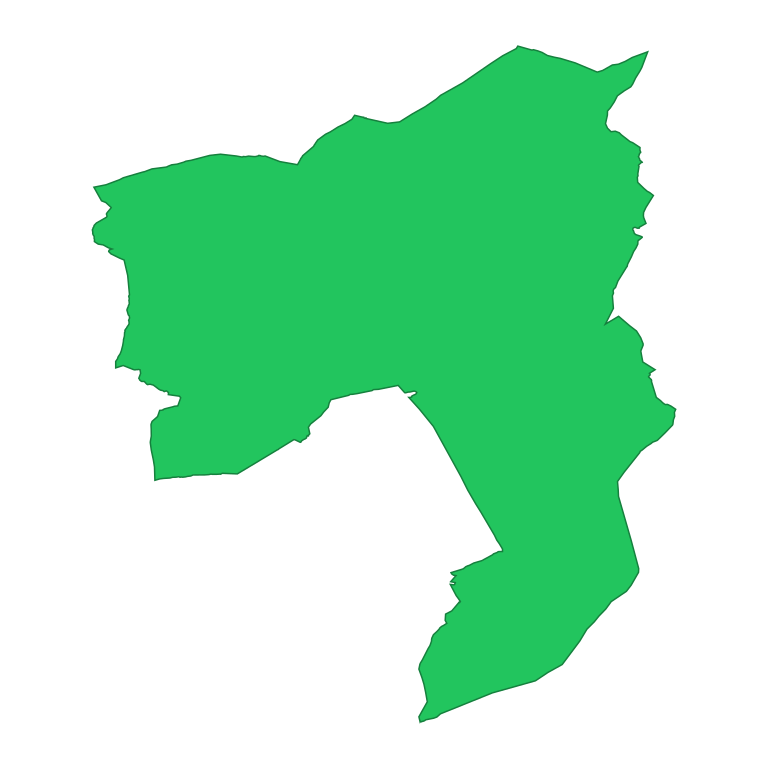 the district of Lund nor, Rogaland, Norway
{"feature_id": "86288312B14474209678121", "entity_name": "Lund nor", "entity_type": "district", "adm_level": 2, "iso_a3": "NOR", "parent_name": "Norway", "parent_adm1": "Rogaland", "projection": "robinson", "projection_center": [6.449, 58.464], "detail": "fine", "context": "isolated", "style": "filled", "palette": "green", "viewbox_px": 768, "rotation_deg": 0, "n_neighbors": 0, "source": "geoboundaries", "source_scale": "gbopen_adm2", "svg_char_len": 6085}
<svg xmlns="http://www.w3.org/2000/svg" viewBox="0 0 768 768"><path d="M115.7,367.9L123.2,365.5L133.5,369.6L135.0,369.9L136.1,369.6L137.2,369.7L138.3,369.4L140.1,369.8L140.6,373.4L138.8,378.3L139.7,379.7L139.7,380.0L141.4,381.4L144.3,381.5L146.6,384.0L147.5,384.6L150.0,384.2L153.4,385.1L158.8,389.2L160.4,390.1L163.1,390.7L164.2,391.6L166.3,390.9L166.6,391.0L168.5,392.6L168.3,394.6L179.5,396.2L180.7,397.8L177.8,405.9L174.2,406.3L173.2,406.7L164.8,408.8L163.2,409.5L163.2,409.8L162.2,410.2L159.7,410.4L157.6,416.5L152.1,421.4L151.1,424.1L151.0,424.8L151.2,429.0L151.3,436.1L150.4,441.3L150.3,442.7L151.3,450.1L153.4,460.1L154.5,467.0L154.9,480.3L159.8,478.9L163.8,478.4L170.1,478.0L172.5,477.3L175.9,477.2L179.0,476.7L180.0,477.3L180.9,477.0L182.7,477.2L185.5,476.9L187.4,476.4L190.8,476.0L193.0,475.0L204.6,474.9L208.9,474.6L211.0,474.1L212.1,474.3L216.7,474.3L219.9,474.1L220.7,474.2L222.2,473.3L237.3,473.9L277.4,449.8L278.2,449.5L279.1,448.7L293.9,439.6L295.2,439.9L300.2,442.3L300.8,442.2L301.8,440.7L304.2,439.2L304.8,439.1L306.4,438.0L306.8,436.6L307.1,436.2L307.3,435.6L307.7,435.6L308.2,436.0L308.5,435.8L308.5,435.3L309.1,434.5L309.8,433.8L308.4,427.2L310.6,424.0L320.9,415.7L323.7,412.0L328.2,407.2L329.2,402.9L330.9,399.7L348.8,395.3L350.0,394.4L352.5,394.3L357.2,393.6L372.0,390.6L373.5,389.6L378.6,389.3L398.2,385.4L404.7,392.7L405.7,392.8L408.1,392.1L410.0,392.0L413.9,391.1L414.9,391.2L416.4,392.0L416.8,392.5L416.2,393.7L415.5,394.3L413.4,395.2L411.7,396.2L411.6,397.1L410.2,397.4L408.8,397.4L419.3,409.0L433.4,426.4L461.1,476.8L467.8,490.2L475.8,504.0L480.7,511.8L494.4,535.1L496.8,540.1L499.4,543.8L502.5,549.0L502.5,551.5L498.5,551.6L498.0,551.8L497.1,552.5L493.6,553.8L492.4,554.9L481.7,560.7L473.8,563.0L469.2,565.4L467.8,565.8L465.8,566.7L463.8,568.4L462.8,569.0L451.0,572.6L451.6,573.8L453.5,575.2L456.0,575.6L450.7,581.7L455.3,582.6L454.6,584.5L453.8,584.8L452.9,584.8L451.8,584.5L450.3,584.4L456.2,595.6L458.4,598.6L460.3,601.4L459.1,602.2L459.5,602.6L458.4,603.1L451.8,610.9L445.6,614.1L445.2,620.4L446.8,623.3L443.3,625.6L441.8,626.3L440.4,627.4L439.6,628.2L439.2,629.1L436.6,631.8L433.5,634.6L431.9,638.0L431.6,639.3L431.5,641.2L430.0,645.5L428.1,648.6L422.3,660.0L420.4,663.1L419.9,664.3L418.9,669.1L422.0,677.7L424.0,684.4L425.7,692.6L427.3,701.8L418.9,716.8L420.1,721.9L420.3,721.6L420.7,721.4L421.1,721.8L421.5,721.8L422.5,721.3L423.0,721.3L424.6,720.7L425.7,719.8L433.7,718.2L436.9,717.0L440.5,713.8L492.3,692.9L535.4,680.8L548.0,672.4L562.2,664.5L579.8,641.0L586.9,629.2L594.3,621.8L598.8,616.2L605.7,609.1L611.2,601.6L626.4,591.3L631.2,585.1L638.5,572.4L638.7,568.6L631.3,540.9L618.5,496.4L618.2,489.8L617.5,481.5L624.2,472.1L639.8,452.5L640.1,451.4L642.1,450.1L646.5,446.4L651.2,443.4L652.6,442.2L657.0,440.5L657.8,439.9L665.1,432.8L672.5,425.1L672.9,424.1L673.4,419.8L674.7,416.3L674.4,412.4L675.7,409.3L671.0,406.1L668.1,404.7L667.3,404.4L665.5,404.6L664.2,404.0L663.8,403.5L662.8,402.9L660.5,400.6L656.3,397.4L651.5,381.6L651.6,380.7L651.3,379.6L648.6,377.0L648.6,376.4L649.9,375.3L650.1,374.2L649.4,373.3L655.1,369.7L642.8,362.0L641.4,354.5L640.8,351.0L643.1,345.2L643.1,343.8L640.7,337.7L636.5,331.0L629.6,325.7L618.6,316.3L605.3,324.2L613.4,308.3L612.4,295.8L613.5,293.1L613.1,290.9L613.7,289.2L615.5,287.5L617.9,281.1L626.7,266.9L627.1,266.6L627.7,264.0L631.4,256.8L633.6,251.6L636.0,247.9L637.8,244.1L637.9,241.3L638.4,240.2L639.2,239.9L642.2,237.4L642.2,237.0L640.9,236.3L636.0,234.7L635.0,234.0L634.2,233.1L633.5,230.7L633.0,230.2L632.8,229.6L632.8,228.9L633.1,228.2L633.5,227.8L634.4,227.4L635.5,227.4L637.3,228.2L639.1,228.2L639.3,228.0L639.2,227.4L639.4,227.2L646.0,223.4L643.7,217.6L643.4,215.6L643.6,212.4L645.9,207.5L653.4,195.5L649.6,192.5L647.4,191.4L644.0,188.5L637.7,182.4L637.3,177.3L638.0,175.8L637.8,173.9L639.0,166.4L638.5,165.3L638.6,165.0L641.1,162.7L641.8,162.3L642.1,162.3L641.9,161.8L639.9,160.3L639.6,158.9L638.4,156.7L639.0,155.9L639.0,154.9L639.4,154.4L639.4,153.9L639.7,153.3L640.6,152.6L640.7,152.1L639.9,150.1L640.0,147.5L632.7,142.7L630.0,141.6L621.3,134.8L619.3,132.8L615.3,131.2L611.0,131.7L607.5,128.2L605.5,123.7L607.4,115.1L607.5,111.0L610.3,107.9L614.2,102.0L617.4,95.8L624.3,90.8L630.8,86.8L632.6,84.2L635.6,78.0L640.0,70.9L641.8,67.5L647.7,51.8L632.2,57.5L625.2,61.4L618.4,64.2L612.3,65.0L602.6,70.5L597.2,72.1L575.2,62.9L560.3,58.4L554.7,57.3L547.4,55.5L542.2,52.5L537.9,50.9L533.4,49.7L532.0,50.1L517.8,46.1L516.3,48.6L502.8,55.7L490.9,63.5L462.5,83.0L440.6,95.3L436.2,99.2L424.7,107.0L412.7,113.7L399.6,121.9L387.7,123.3L365.2,118.3L365.4,118.0L364.5,118.1L363.9,117.7L363.8,117.3L363.2,117.3L362.9,117.1L362.6,117.2L354.6,115.3L351.9,119.3L345.0,123.6L338.2,126.9L330.3,131.9L325.6,134.2L317.8,139.9L315.5,143.2L314.8,144.4L314.4,144.8L313.6,146.4L302.6,155.8L302.2,156.7L300.7,158.7L300.3,159.7L297.5,164.7L279.9,161.6L265.1,156.0L263.7,156.3L261.5,156.1L260.2,155.6L258.8,155.4L258.2,155.9L255.9,156.5L254.3,156.6L248.6,156.1L245.5,156.7L243.2,156.5L242.8,156.9L241.9,157.0L236.3,156.0L220.5,154.2L209.8,155.4L191.1,160.3L185.9,161.2L183.9,162.1L177.2,164.1L171.7,164.8L167.9,166.3L167.4,166.7L166.0,167.1L152.0,168.9L144.4,171.7L142.6,172.1L123.4,177.7L119.6,179.7L105.9,184.8L93.9,187.2L101.5,200.8L105.8,202.5L111.2,207.5L110.9,208.1L107.1,212.7L106.4,214.0L107.0,215.9L106.9,216.7L106.2,217.4L96.4,223.0L94.1,225.4L93.9,226.6L93.1,227.8L93.0,228.5L92.3,230.0L92.7,231.0L92.6,231.4L92.8,232.3L92.7,233.3L92.9,233.8L93.0,234.6L94.2,236.5L94.1,238.3L94.5,239.6L94.4,241.6L98.2,244.1L103.2,244.9L108.4,247.8L112.1,249.0L109.4,249.9L108.8,250.9L108.7,251.6L111.0,253.9L119.8,258.2L124.1,260.0L127.7,275.5L129.5,294.9L129.2,295.2L128.7,296.2L129.3,298.7L128.9,300.5L129.1,301.3L129.3,304.0L128.5,305.4L128.1,307.0L127.5,308.1L126.9,310.0L128.3,314.9L129.3,315.9L129.4,317.2L129.6,317.7L129.5,318.3L128.6,320.3L129.0,321.5L129.1,323.7L128.3,325.3L127.4,326.4L126.3,328.4L125.7,329.0L124.9,330.3L125.1,331.4L124.6,332.4L124.4,336.1L123.5,339.6L123.4,341.4L122.7,345.5L121.3,350.9L120.1,353.9L118.2,356.7L117.4,359.0L115.7,361.4L115.7,367.9Z" fill="#22c55e" stroke="#15803d" stroke-width="1.5"/></svg>